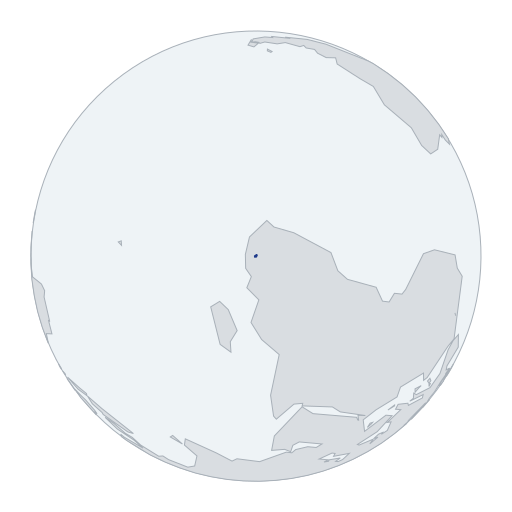 Berea highlighted on a globe, orthographic projection, rotated 141°
{"feature_id": "LSO-1202", "entity_name": "Berea", "entity_type": "District", "adm_level": 1, "iso_a3": "LSO", "parent_name": "Lesotho", "parent_adm1": "", "projection": "orthographic", "projection_center": [27.891, -29.155], "detail": "fine", "context": "on_globe", "style": "filled", "palette": "blue", "viewbox_px": 512, "rotation_deg": 141, "n_neighbors": 0, "source": "natural_earth", "source_scale": "10m", "svg_char_len": 5122}
<svg xmlns="http://www.w3.org/2000/svg" viewBox="0 0 512 512"><g transform="rotate(141 256 256)"><circle cx="256" cy="256" r="225" fill="#eef3f6" stroke="#a8b0b8"/><path d="M32.8,225.3L32.8,226.1L35.3,221.1L35.9,227.0L35.2,233.5L36.9,231.2L37.0,234.6L47.6,224.6L56.0,225.4L57.7,237.6L54.6,257.9L61.1,292.7L58.1,313.9L63.6,328.4L72.1,354.1L69.4,359.9L76.6,366.0L80.5,374.8L80.5,379.7L86.1,386.1L86.4,389.6L90.1,391.0L98.9,403.4L106.0,407.5L114.5,416.8L119.2,418.8L119.3,420.2L121.7,423.0L124.7,424.8L121.6,426.5L111.3,420.7L105.6,415.3L105.6,416.7L92.4,403.5L95.6,407.7L80.0,392.2L68.3,376.5L46.1,337.0L43.8,331.7L38.5,314.5L34.5,297.0L31.9,279.2L30.8,261.2L31.1,243.2L32.8,225.3ZM129.5,424.9L123.2,427.2L125.4,425.4L120.2,419.9L126.0,419.8L129.5,424.9ZM116.9,409.6L114.8,404.8L116.3,404.9L118.1,408.3L116.9,409.6ZM237.4,31.5L238.2,31.4L229.9,32.8L223.0,33.9L221.5,33.4L211.6,35.1L211.9,35.1L237.4,31.5ZM463.3,167.8L463.4,168.0L472.7,194.4L474.1,200.0L473.3,202.7L472.4,198.1L464.7,177.8L466.7,189.7L472.7,208.9L474.8,225.6L471.8,215.4L469.1,200.5L466.3,192.9L464.6,181.7L457.6,161.6L454.2,159.2L452.1,152.8L441.9,134.8L435.8,131.4L427.7,137.8L430.6,154.1L426.0,158.4L410.8,128.0L403.7,111.7L398.4,110.4L382.6,93.9L355.9,84.5L352.0,80.5L347.0,80.6L335.8,75.2L329.7,69.3L323.0,68.4L339.4,84.3L346.5,85.7L352.2,82.1L355.4,87.7L366.2,95.1L355.0,104.6L315.1,109.8L310.9,97.6L279.3,67.3L280.1,64.6L280.0,64.3L279.6,63.8L277.0,68.0L271.4,63.2L288.6,81.8L291.6,90.6L314.5,110.5L312.4,112.1L319.7,117.0L342.9,116.4L343.1,120.5L332.3,138.6L300.0,164.8L304.2,187.5L301.7,207.5L281.4,220.1L283.1,237.1L272.6,242.9L271.8,252.9L263.3,263.9L249.1,274.9L225.2,276.8L223.8,267.2L212.0,250.3L195.6,211.5L201.7,193.0L199.6,180.3L182.3,156.1L186.1,141.3L181.5,136.5L171.9,139.9L166.5,134.5L160.7,135.8L124.4,152.4L113.4,148.5L100.6,131.6L107.2,119.9L108.5,110.5L154.2,67.0L163.8,65.0L199.5,53.8L204.0,53.9L199.5,59.6L226.2,63.2L235.1,57.7L259.4,60.9L275.8,61.2L282.0,51.4L255.2,50.5L250.8,46.3L272.4,43.2L295.8,45.7L294.9,44.2L280.2,39.9L285.8,38.4L275.2,38.5L279.3,40.0L272.8,40.4L268.6,39.2L270.7,38.5L263.7,37.8L255.4,42.1L258.7,44.0L240.2,45.5L244.0,49.1L238.9,51.3L230.6,46.0L231.6,44.0L216.0,41.0L213.3,43.1L227.9,46.4L223.2,46.4L219.7,50.2L218.7,47.4L203.6,44.2L187.0,48.9L165.6,62.3L156.0,66.2L148.1,67.6L156.2,57.9L176.8,50.4L179.9,47.8L176.1,47.1L182.7,45.2L183.6,44.3L191.4,42.1L202.7,38.1L210.7,36.4L215.5,34.6L220.2,33.7L216.0,34.8L217.4,35.1L237.2,32.8L241.2,32.2L242.7,31.5L247.9,31.3L246.8,31.0L258.4,30.8L244.0,31.0L260.2,30.8L276.4,31.6L292.4,33.7L308.3,36.9L323.9,41.2L339.2,46.6L354.0,53.1L368.3,60.7L382.0,69.3L395.1,78.8L407.5,89.3L419.1,100.6L429.8,112.7L439.7,125.5L448.5,139.1L456.4,153.2L463.3,167.8ZM138.4,83.9L137.2,86.6L138.4,83.9ZM320.9,55.0L334.7,58.5L328.1,52.1L332.8,53.1L328.8,50.8L327.5,51.6L317.6,46.0L323.4,46.3L321.5,44.5L316.7,43.3L307.7,43.9L321.8,51.5L318.8,52.8L320.9,55.0ZM181.3,43.5L183.8,42.7L180.6,44.0L170.5,47.8L175.0,45.8L181.3,43.5ZM194.5,39.3L191.1,40.3L195.8,39.8L193.3,41.0L176.0,46.4L183.0,43.7L180.1,44.4L188.1,41.5L188.9,40.9L194.5,39.3ZM209.2,51.3L212.6,51.0L218.1,50.0L216.0,52.7L209.2,51.3ZM198.6,49.0L201.7,48.2L201.4,50.9L197.8,51.5L198.6,49.0ZM203.7,45.7L201.9,47.9L200.8,47.1L203.7,45.7ZM219.0,34.3L222.4,33.7L222.6,33.8L220.6,34.4L219.0,34.3ZM277.3,52.7L272.5,54.3L270.0,53.3L272.2,52.9L277.3,52.7ZM242.6,52.3L250.4,53.3L242.0,53.0L242.6,52.3ZM353.8,348.9L354.2,353.6L351.2,352.6L353.8,348.9ZM339.5,209.9L323.2,245.0L312.8,243.6L311.3,231.8L317.6,209.9L329.9,205.6L336.0,197.0L339.5,209.9ZM478.1,290.7L477.6,295.5L477.4,296.3L478.1,290.7ZM478.8,283.4L478.6,288.1L478.4,284.7L478.8,283.4ZM477.9,294.8L478.5,290.0L478.3,292.7L478.2,293.0L477.9,294.8ZM478.7,280.5L476.1,264.4L474.3,255.8L475.3,253.8L478.1,264.6L478.7,280.5ZM475.1,253.2L471.8,234.5L463.0,195.2L466.3,199.9L474.5,229.0L474.1,231.1L476.2,244.1L475.1,253.2ZM481.3,256.5L481.1,258.6L480.6,266.4L479.7,256.8L479.0,251.4L478.5,237.5L478.8,233.4L479.6,236.8L480.1,232.9L481.3,256.5ZM431.5,156.2L436.5,169.3L433.7,169.0L431.5,156.2ZM400.6,428.8L398.2,430.7L400.0,429.1L408.4,421.9L405.4,424.6L400.6,428.8ZM414.2,416.4L419.7,410.6L430.3,398.6L430.0,398.7L433.8,394.3L431.6,396.5L438.0,388.1L442.8,380.5L440.4,369.2L442.1,362.0L446.5,357.5L457.6,334.8L457.6,336.9L463.6,323.9L467.8,327.6L472.3,318.8L472.1,319.7L466.9,335.2L460.7,350.2L453.3,364.7L445.0,378.7L435.6,392.0L425.3,404.6L414.2,416.4ZM476.6,301.5L476.7,301.4L476.6,301.5ZM480.2,277.5L480.0,279.8L480.2,277.3L481.0,267.3L481.1,265.2L480.2,277.5Z" fill="#d9dde1" stroke="#a8b0b8" stroke-width="1"/><path d="M254.7,256.5L254.7,256.4L254.8,256.4L254.7,256.3L254.7,256.2L254.8,256.2L255.0,255.9L255.1,255.7L255.3,255.7L255.5,255.6L255.8,255.5L256.0,255.6L256.2,255.4L256.3,255.3L256.3,255.2L256.5,255.2L256.6,255.3L256.7,255.5L256.8,255.5L257.0,255.6L257.1,255.8L257.3,255.9L257.2,256.0L257.3,256.1L257.4,256.3L257.2,256.6L256.9,256.5L256.7,256.7L256.6,256.8L256.5,256.7L256.4,256.5L256.4,256.4L256.4,256.5L256.2,256.6L255.9,256.7L255.7,256.6L255.4,256.7L255.2,256.6L254.9,256.7L254.7,256.5L254.7,256.5Z" fill="#3b82f6" stroke="#1e3a8a" stroke-width="1.5"/></g></svg>